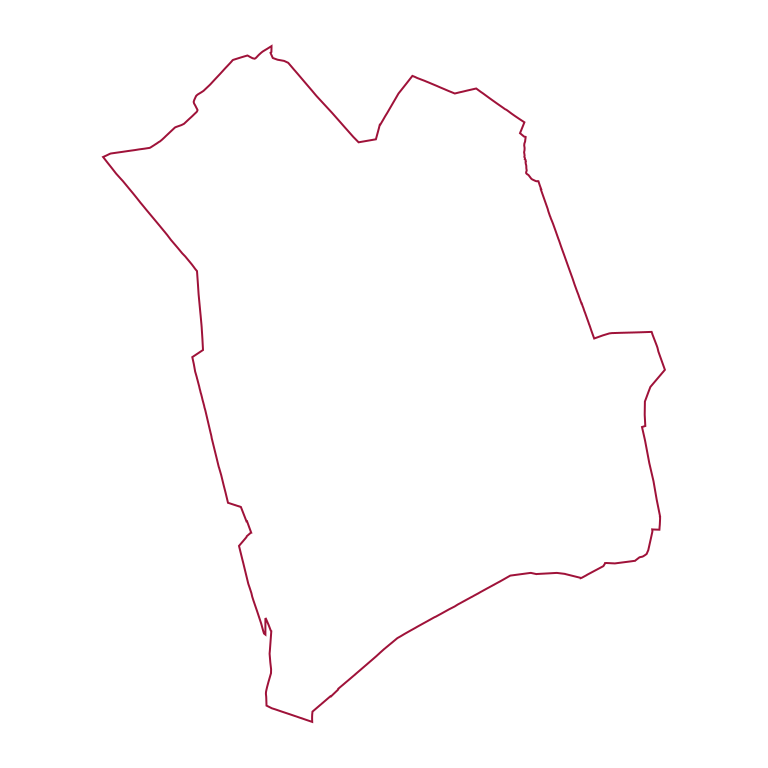 Līgo pag., Gulbene, Latvia (Mercator projection)
{"feature_id": "27541924B95861088193965", "entity_name": "Līgo pag.", "entity_type": "district", "adm_level": 2, "iso_a3": "LVA", "parent_name": "Latvia", "parent_adm1": "Gulbene", "projection": "mercator", "projection_center": [26.604, 57.002], "detail": "fine", "context": "isolated", "style": "outline", "palette": "rose", "viewbox_px": 768, "rotation_deg": 0, "n_neighbors": 0, "source": "geoboundaries", "source_scale": "gbopen_adm2", "svg_char_len": 5873}
<svg xmlns="http://www.w3.org/2000/svg" viewBox="0 0 768 768"><path d="M659.4,529.7L659.5,528.5L659.6,526.9L659.8,524.8L660.0,520.6L660.1,518.1L659.9,516.7L660.1,516.6L656.7,499.7L653.5,481.2L653.2,479.9L649.3,463.1L645.1,440.8L644.8,439.4L642.0,427.0L645.3,426.0L644.7,414.8L644.9,401.5L646.0,398.6L648.4,392.1L650.4,386.9L664.9,369.8L662.5,363.1L658.4,351.6L657.5,347.8L656.7,345.5L652.4,334.3L652.2,333.5L651.6,331.9L639.9,332.3L632.8,332.5L621.5,332.8L611.8,333.1L609.4,333.4L602.8,335.4L594.2,338.5L593.5,336.6L593.2,335.8L591.3,330.5L590.5,328.1L590.1,326.9L589.4,324.9L589.0,324.0L588.6,322.7L588.2,321.6L587.6,319.9L587.3,319.1L586.8,317.7L586.1,315.7L585.7,314.6L585.0,312.6L584.5,311.4L583.7,309.1L583.6,308.6L582.5,305.8L582.1,304.5L581.9,303.9L581.7,303.4L581.5,303.5L579.4,297.7L578.8,296.1L578.7,295.6L577.7,293.0L577.0,291.2L574.5,284.3L572.6,278.6L571.7,276.1L570.8,273.6L569.6,270.3L567.7,265.0L564.0,254.6L562.4,250.2L560.9,246.0L559.1,240.7L558.4,238.9L555.2,229.8L553.4,224.8L553.2,224.2L552.1,221.4L551.6,220.2L550.8,218.3L550.4,217.0L549.9,215.9L549.3,214.1L548.4,211.5L547.9,209.7L547.7,208.9L540.8,189.3L541.2,189.2L539.9,185.7L538.4,181.2L537.7,181.1L537.0,181.3L536.4,181.2L535.6,181.0L533.9,180.2L532.4,179.5L531.5,178.9L531.0,178.4L530.6,177.8L529.0,175.7L528.7,175.3L528.3,174.9L527.3,174.3L526.8,173.9L526.3,173.4L526.1,172.9L526.2,172.0L526.5,171.1L526.7,170.5L526.6,169.7L526.4,168.8L526.3,167.2L526.3,166.0L526.1,164.9L525.9,164.4L525.6,162.7L525.6,162.3L525.6,161.9L525.8,161.8L525.9,161.3L525.7,161.0L525.6,160.3L525.6,160.0L525.3,159.6L525.2,159.6L524.9,159.3L525.0,159.2L525.0,158.8L524.7,157.4L524.3,156.9L524.6,155.6L524.4,154.1L524.1,152.2L524.5,150.3L524.6,148.0L524.2,145.4L524.4,143.5L525.1,141.5L525.3,139.6L525.6,137.7L525.6,136.9L524.1,136.6L520.0,133.2L522.2,127.8L524.4,122.3L519.1,118.8L514.8,115.9L511.4,113.5L508.2,111.1L506.4,109.8L505.3,109.3L504.8,109.0L503.3,107.9L499.7,105.4L496.0,102.8L489.7,98.3L482.6,93.1L480.8,91.9L476.2,88.5L466.1,90.8L465.8,90.9L462.0,91.8L459.3,92.4L457.3,92.9L454.8,93.5L448.9,91.1L445.6,89.7L445.4,89.6L439.5,87.1L437.0,86.0L427.0,81.8L426.9,81.8L424.8,80.9L417.2,78.0L414.9,76.9L412.4,75.9L406.6,83.3L400.9,90.5L398.5,93.5L395.5,98.7L393.1,102.8L390.2,107.8L387.3,112.8L385.2,116.2L383.2,119.7L380.2,124.8L379.8,124.7L378.8,128.6L375.9,139.3L358.6,142.3L353.3,136.9L344.6,127.1L340.4,122.3L332.1,112.9L316.4,95.9L316.1,95.5L315.8,95.2L312.3,91.0L304.7,82.1L297.9,74.1L293.3,68.8L292.9,68.3L288.2,62.8L284.1,60.9L277.5,59.7L273.1,58.1L272.8,57.8L272.7,57.8L270.5,52.8L270.6,52.7L271.1,52.4L271.3,52.2L271.4,51.9L271.5,47.2L271.5,46.1L267.2,48.8L264.7,50.3L262.6,51.6L261.1,52.8L260.0,53.8L259.1,54.6L257.9,55.8L257.1,56.7L255.7,58.1L255.3,58.4L254.4,58.7L253.9,58.5L253.2,58.4L252.5,58.2L250.0,56.9L247.9,55.7L247.3,55.5L246.8,55.7L244.7,56.3L240.7,57.5L233.1,59.9L232.8,60.1L232.5,60.3L231.9,61.1L230.1,63.1L225.0,68.5L220.0,74.0L215.1,79.2L210.4,84.3L209.5,85.2L206.1,88.4L204.2,90.2L203.7,90.7L203.3,91.0L202.7,91.4L201.0,92.5L197.7,94.5L196.2,95.8L196.1,96.1L195.7,96.8L194.2,100.1L194.1,100.5L193.7,101.7L193.7,102.0L193.8,102.5L194.1,103.5L195.3,105.6L196.3,107.6L196.9,108.7L197.1,109.2L197.4,109.6L197.5,110.2L197.2,111.0L196.6,112.0L195.2,113.3L192.0,116.4L188.7,119.4L184.0,123.8L181.4,125.1L176.3,126.9L175.1,127.4L174.2,128.2L165.6,136.3L164.6,137.3L161.9,139.8L159.7,141.6L158.8,142.0L157.6,142.9L151.1,147.1L149.9,147.8L149.0,148.0L148.1,148.1L144.3,148.7L139.0,149.4L134.7,150.1L128.2,151.0L122.8,151.8L110.8,153.5L109.9,153.8L106.2,155.6L103.1,157.0L107.7,162.9L111.6,167.8L116.1,173.6L120.6,178.6L122.9,181.1L134.2,194.8L139.7,201.7L140.6,202.9L140.9,203.2L141.9,204.4L146.4,209.9L151.0,215.4L155.0,220.2L159.0,225.0L161.8,228.4L167.4,235.2L167.9,235.9L171.0,240.0L178.0,248.2L182.2,253.3L185.3,256.5L186.2,257.6L191.9,264.5L195.4,269.2L197.0,271.1L198.0,285.2L198.6,294.3L200.4,313.3L200.6,315.3L200.8,317.5L201.5,325.1L201.7,327.6L201.7,327.8L202.4,338.6L203.0,350.0L192.3,357.1L193.8,364.0L195.0,370.7L195.1,371.4L195.8,373.8L196.8,377.3L197.0,378.3L197.4,379.6L198.3,383.1L198.8,385.0L199.1,386.1L199.7,388.8L200.2,390.6L200.7,392.8L201.1,394.0L201.9,397.1L202.6,400.1L203.3,402.6L203.6,403.8L204.1,405.6L204.5,407.6L205.0,409.2L205.4,410.7L210.8,433.8L210.9,434.0L211.1,434.9L211.4,436.3L211.6,437.3L211.6,437.7L216.4,457.2L218.8,467.1L219.0,467.5L221.2,475.1L223.6,485.0L225.5,492.4L228.0,502.8L240.9,507.0L246.5,521.4L247.0,521.2L251.2,532.7L250.7,532.8L246.8,536.2L246.4,537.2L239.0,545.9L240.9,553.6L242.4,559.7L243.1,562.4L244.9,569.8L247.3,579.7L248.3,583.8L249.7,587.9L251.4,593.1L252.2,596.6L253.5,600.7L257.2,611.5L261.2,623.6L263.2,630.9L264.0,633.5L265.4,634.6L265.4,618.9L265.9,618.7L268.6,624.9L270.8,630.7L271.3,631.1L269.9,650.2L269.6,653.7L270.3,662.3L271.1,669.3L271.0,673.2L268.5,681.8L267.1,687.0L266.3,690.4L266.0,692.1L265.9,693.8L266.2,696.6L266.3,698.9L266.4,702.2L266.5,705.6L271.9,708.3L275.4,709.4L282.1,711.7L289.6,714.2L307.2,720.2L312.2,721.9L312.1,719.0L312.1,718.2L312.1,716.9L312.2,714.5L312.5,711.6L330.5,696.2L330.9,696.5L338.2,689.5L338.2,688.8L351.8,677.3L363.2,667.5L376.4,656.1L380.2,652.6L384.0,649.2L397.4,638.1L400.6,636.3L404.6,633.9L409.9,630.9L415.3,627.9L417.0,626.9L434.7,617.1L435.6,616.8L435.7,616.7L441.2,613.7L449.1,609.3L454.8,606.4L455.1,606.2L457.6,604.6L467.5,599.2L478.9,593.0L480.8,591.9L486.8,588.6L501.5,580.6L505.2,578.5L508.0,576.9L510.3,575.6L529.8,573.0L530.9,572.9L536.4,574.1L536.9,574.0L548.1,573.4L556.8,572.9L565.0,573.9L565.1,574.0L580.8,577.9L580.8,578.1L581.9,577.7L586.7,575.1L586.9,574.9L603.4,566.1L605.1,563.3L605.1,563.1L606.5,563.0L614.5,563.4L615.0,563.4L631.3,561.3L633.4,561.0L635.1,560.8L635.5,560.4L639.5,557.3L642.6,556.6L644.5,555.5L646.6,554.0L648.3,550.1L648.4,549.6L650.9,538.4L652.4,531.5L652.2,529.4L653.5,529.5L659.4,529.7Z" fill="none" stroke="#9f1239" stroke-width="2"/></svg>